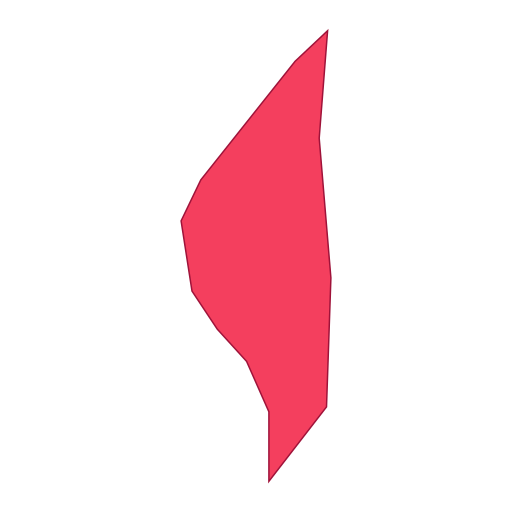 the border of Mitiaro
{"feature_id": "COK-4954", "entity_name": "Mitiaro", "entity_type": "state/province", "adm_level": 1, "iso_a3": "COK", "parent_name": "Cook Islands", "parent_adm1": "", "projection": "natural_earth1", "projection_center": [-157.722, -19.812], "detail": "fine", "context": "isolated", "style": "filled", "palette": "rose", "viewbox_px": 512, "rotation_deg": 0, "n_neighbors": 0, "source": "natural_earth", "source_scale": "10m", "svg_char_len": 285}
<svg xmlns="http://www.w3.org/2000/svg" viewBox="0 0 512 512"><path d="M327.6,30.7L319.2,138.2L330.9,277.9L326.5,406.9L268.9,481.3L268.9,411.8L246.6,361.4L217.3,329.2L192.0,291.1L181.1,220.9L200.8,179.9L295.1,61.3L327.6,30.7Z" fill="#f43f5e" stroke="#9f1239" stroke-width="1.5"/></svg>